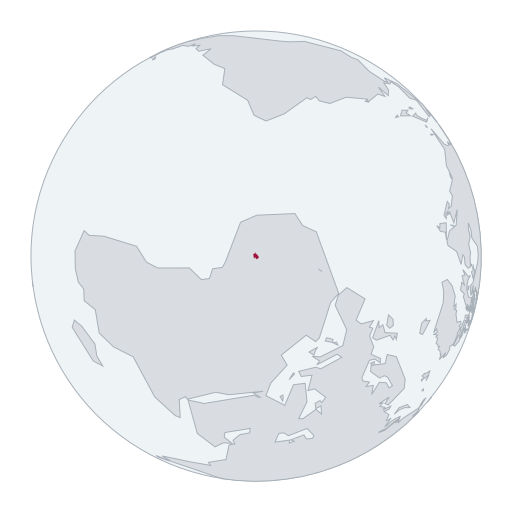 globe centered on Sanguié, rotated 121°
{"feature_id": "BFA-2819", "entity_name": "Sanguié", "entity_type": "Province", "adm_level": 1, "iso_a3": "BFA", "parent_name": "Burkina Faso", "parent_adm1": "", "projection": "orthographic", "projection_center": [-2.62, 12.212], "detail": "fine", "context": "on_globe", "style": "filled", "palette": "rose", "viewbox_px": 512, "rotation_deg": 121, "n_neighbors": 0, "source": "natural_earth", "source_scale": "10m", "svg_char_len": 9468}
<svg xmlns="http://www.w3.org/2000/svg" viewBox="0 0 512 512"><g transform="rotate(121 256 256)"><circle cx="256" cy="256" r="225" fill="#eef3f6" stroke="#a8b0b8"/><path d="M195.2,39.1L194.7,39.2L172.8,47.6L177.0,46.3L171.3,49.6L174.0,49.5L169.2,51.8L175.6,49.9L179.5,47.9L183.5,46.6L185.5,46.6L179.7,49.2L177.8,49.6L177.1,50.4L173.4,51.8L176.4,51.1L169.1,54.7L179.1,51.3L175.7,54.3L170.1,56.8L167.0,56.3L146.5,63.0L139.9,66.5L133.6,71.3L129.4,80.2L123.5,84.7L118.3,91.0L123.1,88.2L128.9,82.5L136.6,79.6L142.8,73.7L146.9,71.9L154.7,66.6L157.3,67.9L155.7,72.3L149.3,77.1L148.4,79.4L157.6,75.8L148.8,86.3L148.2,96.6L145.5,99.7L134.6,103.1L126.7,100.2L112.6,107.4L125.6,103.6L118.6,112.5L119.1,114.7L121.7,115.1L125.9,112.2L124.3,115.8L110.8,120.1L112.1,116.9L116.3,115.4L112.5,114.4L103.4,118.6L100.6,123.4L89.8,126.8L87.7,130.5L84.1,133.7L88.3,127.3L80.6,139.2L67.5,149.1L56.8,171.4L63.1,152.5L62.8,149.0L61.5,147.6L59.6,151.0L60.4,146.0L56.6,151.2L49.2,166.7L56.4,151.6L64.6,137.1L74.0,123.3L84.3,110.1L95.6,97.8L107.8,86.4L120.7,75.9L134.5,66.3L148.8,57.8L163.8,50.4L179.3,44.2L195.2,39.1ZM48.0,169.5L43.1,182.4L42.9,185.7L45.9,178.9L47.4,179.4L39.8,198.7L41.5,205.4L37.5,220.8L37.2,230.1L39.6,229.8L41.7,235.7L45.4,227.9L50.4,225.2L48.2,238.1L52.8,227.6L54.4,235.0L65.7,239.0L64.3,241.6L73.5,260.6L87.2,271.2L90.4,281.6L88.4,287.0L93.9,290.0L94.1,293.9L119.5,304.9L135.1,316.9L136.4,330.1L126.8,343.3L126.4,372.9L111.4,379.2L113.2,390.6L111.2,405.0L101.4,401.1L109.9,410.5L109.2,414.2L104.4,412.8L108.6,418.4L105.3,417.2L111.1,422.0L113.4,427.5L121.6,434.2L125.2,438.5L130.8,442.4L129.3,441.7L129.8,442.3L132.4,444.1L124.6,439.0L113.7,430.6L110.1,427.2L108.1,425.7L99.5,416.4L100.1,417.7L86.3,401.4L78.7,388.6L60.1,347.6L55.5,338.1L47.1,324.9L36.4,288.9L36.6,276.8L35.4,269.7L39.4,253.9L40.1,235.9L39.2,232.5L37.2,237.9L35.7,223.7L37.6,209.5L40.1,191.7L48.0,169.5ZM53.3,178.7L55.5,193.8L51.2,192.7L52.6,191.2L52.7,185.6L51.8,179.5L48.8,179.8L53.3,178.7ZM61.2,168.4L60.6,166.8L61.6,167.4L61.2,168.4ZM152.7,66.3L153.6,66.4L151.7,67.3L152.7,66.3ZM155.2,64.0L152.2,65.0L153.0,64.1L154.8,63.5L155.2,64.0ZM158.6,63.1L154.7,62.4L156.1,60.9L164.1,57.6L158.6,63.1ZM179.8,47.3L175.8,49.4L177.4,47.8L179.8,47.3ZM179.9,46.7L178.9,44.9L185.9,42.3L184.8,43.2L192.4,40.3L196.3,39.8L193.0,41.3L187.7,43.0L193.2,41.6L179.9,46.7ZM185.3,45.9L184.5,45.6L190.5,43.2L193.2,43.5L190.4,44.1L185.3,45.9ZM192.5,40.0L197.4,38.6L201.9,37.7L204.4,37.1L197.0,39.6L192.5,40.0ZM190.0,44.7L194.4,43.8L193.4,45.0L186.5,46.1L190.0,44.7ZM190.9,42.6L193.9,41.6L193.1,42.2L190.9,42.6ZM192.2,49.6L191.1,48.8L194.1,47.4L192.2,49.6ZM196.2,43.4L196.5,43.0L197.6,42.5L200.2,42.2L196.2,43.4ZM200.7,39.0L201.5,39.2L204.0,37.9L207.4,37.6L201.8,39.5L205.7,38.5L206.8,38.5L201.0,40.1L200.7,39.0ZM206.1,40.6L200.1,43.4L201.5,45.0L198.9,46.1L197.1,43.5L206.1,40.6ZM203.6,40.1L204.5,40.6L200.7,41.6L197.8,41.9L203.6,40.1ZM211.8,36.8L207.9,36.8L209.3,36.5L211.8,36.8ZM207.2,40.7L208.6,40.1L207.8,40.7L207.2,40.7ZM211.3,37.7L209.7,37.7L211.3,37.2L211.3,37.7ZM212.8,39.0L210.8,39.8L208.7,39.9L212.8,39.0ZM212.7,38.2L215.2,37.7L209.2,39.5L211.7,38.2L212.7,38.2ZM213.0,37.3L213.4,37.0L213.4,37.4L213.0,37.3ZM221.8,38.4L214.6,40.7L210.0,40.8L217.6,38.5L221.8,38.4ZM140.2,448.8L126.5,440.3L133.0,444.6L131.1,442.8L140.6,448.4L140.2,448.8ZM137.2,444.5L138.8,444.1L141.1,445.4L140.5,446.0L137.2,444.5ZM464.9,171.6L463.2,167.7L465.6,175.6L471.0,201.3L475.7,222.6L475.8,233.6L466.3,206.3L458.9,187.1L457.4,190.5L445.9,176.9L431.8,181.8L428.0,177.3L425.8,180.8L417.4,177.8L411.0,170.4L406.8,172.2L423.3,191.7L427.7,189.9L428.9,180.1L432.9,187.7L440.7,192.8L438.3,215.0L414.4,240.1L409.2,224.6L376.3,185.9L375.7,181.0L375.5,180.5L374.9,179.5L374.8,187.7L368.2,180.2L388.8,207.6L393.5,220.3L414.1,241.1L412.9,244.0L418.6,247.9L433.6,237.7L434.4,243.1L429.0,270.1L405.7,309.3L407.2,331.3L402.8,350.7L384.8,366.1L382.8,380.2L373.0,386.7L370.0,394.7L360.1,404.2L344.9,413.7L322.8,416.4L324.2,409.5L317.4,396.7L309.2,363.4L317.7,346.7L316.9,334.1L300.6,307.0L304.4,290.7L299.3,284.3L289.3,286.6L283.1,279.0L276.7,279.2L235.0,286.6L220.7,276.4L199.6,244.5L205.9,231.6L204.2,216.8L245.4,165.9L257.4,168.1L293.6,159.5L298.7,160.8L298.0,172.2L328.0,183.3L333.5,173.1L357.1,177.9L370.6,175.6L369.2,154.4L347.1,157.6L339.8,148.3L354.7,137.2L373.5,135.6L371.3,132.0L356.5,125.6L357.8,118.4L351.0,123.0L356.0,126.2L351.8,129.4L347.0,126.8L347.7,124.2L341.2,123.4L339.7,137.3L344.6,142.1L329.3,146.6L336.0,155.2L332.9,160.0L320.5,147.4L319.4,142.4L298.7,130.3L298.4,135.8L318.0,147.9L313.2,147.4L313.0,156.1L309.4,149.0L288.1,135.4L272.4,140.3L257.5,162.7L247.2,165.3L236.3,161.8L236.6,140.4L259.5,137.2L259.9,130.7L250.9,122.1L258.6,122.2L257.7,118.7L266.0,117.5L273.3,108.3L281.0,106.8L279.7,96.5L283.5,94.6L283.1,101.0L287.0,105.1L305.7,102.6L308.1,100.1L305.7,93.9L311.2,94.4L306.5,88.8L315.2,85.5L300.7,85.2L297.6,79.1L300.5,74.0L296.9,72.2L292.1,80.7L292.5,84.3L297.0,87.3L295.9,98.4L290.4,100.9L281.7,89.9L272.9,92.7L270.0,83.8L284.9,64.6L293.2,60.8L315.6,65.9L316.1,69.5L308.3,69.2L319.3,74.5L316.6,71.6L321.1,72.4L319.3,67.6L322.4,68.0L315.3,63.1L318.9,63.1L323.3,66.2L323.6,60.2L330.0,59.6L328.6,58.1L325.2,56.7L335.5,57.5L334.0,56.4L330.1,55.7L324.5,53.2L318.7,49.6L322.6,50.0L325.2,51.4L336.5,55.4L342.9,59.7L343.9,59.6L339.3,56.0L325.5,51.0L320.9,48.7L327.4,50.6L324.7,49.7L323.6,48.8L326.2,48.4L319.0,46.3L301.9,37.9L305.2,37.3L312.9,39.3L305.1,36.2L307.4,36.7L323.4,41.0L339.0,46.6L354.2,53.3L368.8,61.0L382.9,69.8L396.2,79.7L408.8,90.5L420.6,102.1L431.4,114.7L441.3,127.9L450.3,141.9L458.1,156.5L464.9,171.6ZM235.2,191.3L235.0,195.7L235.0,195.8L235.2,191.3ZM396.3,145.1L405.7,143.8L396.4,132.3L399.3,131.1L395.1,127.9L395.7,131.5L384.7,122.8L386.9,118.5L383.2,113.7L379.9,114.0L377.6,123.5L393.3,135.6L393.3,141.1L396.3,145.1ZM66.2,239.0L67.3,242.0L65.2,241.4L66.2,239.0ZM49.0,197.5L50.2,198.7L50.4,201.2L49.1,201.1L49.0,197.5ZM63.2,205.5L65.4,207.7L62.5,207.6L63.2,205.5ZM56.3,195.9L61.4,204.3L55.8,205.9L52.8,200.8L55.8,201.2L56.3,195.9ZM57.4,175.1L57.8,176.5L56.6,178.6L57.4,175.1ZM62.0,168.9L61.6,168.9L62.0,166.8L62.0,168.9ZM119.4,112.2L120.4,112.0L122.4,113.2L120.0,114.1L119.4,112.2ZM139.8,110.8L136.8,116.7L137.3,112.9L133.4,115.0L129.6,110.1L144.0,101.1L138.1,105.8L139.8,110.8ZM128.6,102.0L129.3,105.5L127.9,102.1L128.6,102.0ZM244.9,102.5L249.1,104.2L248.0,108.3L238.2,112.1L239.7,106.0L244.9,102.5ZM255.2,105.9L249.4,95.0L255.2,92.8L252.9,95.7L257.4,95.4L254.9,100.2L266.2,109.5L266.0,113.9L248.1,117.4L254.1,113.6L249.6,111.8L255.2,105.9ZM224.1,76.9L221.6,73.7L237.5,72.8L237.9,75.9L228.2,79.4L221.9,77.8L224.1,76.9ZM173.5,58.1L171.6,58.2L173.2,57.3L176.2,56.5L173.5,58.1ZM191.4,49.3L183.8,57.5L181.2,57.8L179.9,63.1L172.5,66.1L173.5,62.4L166.9,69.1L164.8,67.1L161.1,71.7L164.3,63.2L162.2,62.1L167.3,62.0L174.2,59.2L176.6,57.6L181.7,52.7L180.6,49.7L187.3,46.9L192.3,45.8L193.6,46.1L188.9,47.7L194.0,47.0L188.1,49.5L191.4,49.3ZM247.1,43.3L241.0,43.5L250.3,45.5L244.5,46.8L245.9,47.0L243.1,48.9L242.1,51.8L239.0,52.2L240.0,53.2L238.1,54.8L238.4,56.4L232.9,57.9L232.8,60.1L230.2,59.6L231.6,63.1L228.1,61.3L225.3,63.6L230.2,64.2L199.4,71.5L189.3,77.1L182.7,83.1L177.6,79.9L180.5,72.6L187.8,64.6L198.3,60.1L194.1,59.8L197.9,57.7L199.6,58.8L199.2,56.0L202.8,54.7L209.3,49.5L206.5,47.0L208.8,45.3L211.7,45.7L212.0,43.9L219.0,43.5L220.8,42.5L229.6,41.5L234.2,43.3L235.9,42.0L242.6,41.6L247.1,43.3ZM224.2,38.1L231.0,39.3L231.2,40.8L215.8,42.0L213.2,43.0L203.4,44.6L203.4,42.5L206.2,42.2L208.9,41.5L207.8,42.4L210.7,41.1L214.7,40.8L218.0,39.8L219.3,40.3L224.2,38.1ZM302.4,156.2L306.0,156.4L311.1,155.3L311.0,161.1L302.4,156.2ZM287.8,147.0L290.7,146.0L293.2,153.0L289.5,153.2L287.8,147.0ZM290.3,139.9L290.7,145.4L288.3,142.5L290.3,139.9ZM285.6,100.0L288.5,98.9L289.6,100.3L289.0,102.6L285.6,100.0ZM273.4,51.9L269.9,51.1L270.2,50.5L265.1,47.7L269.1,46.9L273.7,48.2L273.4,51.9ZM366.6,158.4L364.0,163.0L361.4,161.4L362.8,160.1L366.6,158.4ZM337.1,162.2L344.9,163.9L337.0,163.8L337.1,162.2ZM276.8,50.5L274.2,49.3L277.8,49.7L276.8,50.5ZM271.7,46.2L275.5,46.2L268.9,46.5L271.7,46.2ZM397.3,431.2L395.2,433.0L393.9,433.9L397.3,431.2ZM429.8,341.4L411.8,376.8L404.5,378.7L405.9,369.4L414.4,348.7L423.8,340.9L429.2,330.7L429.8,341.4ZM476.2,224.3L478.7,235.9L478.4,238.9L476.2,224.3ZM306.6,45.9L309.3,50.3L313.9,53.8L320.5,56.0L312.3,55.2L305.3,49.7L306.6,45.9ZM302.1,38.6L296.3,37.4L297.9,37.2L299.5,37.5L302.1,38.6ZM299.2,38.4L293.7,38.4L289.9,37.3L295.0,37.4L299.2,38.4ZM285.5,43.2L286.0,44.4L283.1,44.0L285.5,43.2ZM286.5,32.8L293.1,33.8L291.1,33.5L286.2,32.8L286.5,32.8Z" fill="#d9dde1" stroke="#a8b0b8" stroke-width="1"/><path d="M255.0,256.8L255.0,256.7L254.9,256.7L254.9,256.4L255.0,256.4L255.2,256.6L255.3,256.6L255.3,256.4L255.2,256.2L255.1,255.9L255.0,255.7L255.2,255.4L255.4,255.1L255.6,254.8L255.6,254.7L255.5,254.4L255.6,254.2L255.8,254.1L255.9,253.9L256.1,253.8L256.2,253.7L256.3,253.6L256.5,253.7L256.5,253.8L256.4,254.0L256.5,254.1L256.8,254.1L256.7,254.2L256.6,254.3L256.8,254.4L257.0,254.3L257.3,254.5L257.4,254.4L257.5,254.4L257.5,254.6L257.4,254.7L257.1,254.9L257.0,255.0L256.9,255.1L256.8,255.3L256.9,255.7L256.9,255.9L256.8,256.1L256.6,256.1L256.7,256.3L256.6,256.5L256.6,256.8L256.8,256.9L257.0,257.0L257.3,257.0L257.5,257.0L257.4,257.1L257.0,257.3L256.9,257.3L256.4,257.6L256.2,257.8L256.1,258.1L256.1,258.3L255.9,258.4L255.7,258.4L255.5,257.9L255.4,257.8L255.1,257.8L255.0,257.7L254.9,257.7L255.0,257.6L255.2,257.4L255.1,257.2L255.1,256.9L255.0,256.8Z" fill="#f43f5e" stroke="#9f1239" stroke-width="1.5"/></g></svg>